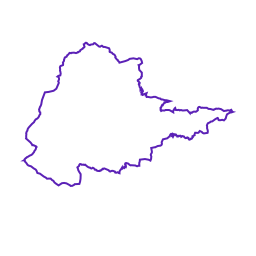 Mogos, Alba, Romania (Mercator projection), rotated 15°
{"feature_id": "2599482B52789087649839", "entity_name": "Mogos", "entity_type": "district", "adm_level": 2, "iso_a3": "ROU", "parent_name": "Romania", "parent_adm1": "Alba", "projection": "mercator", "projection_center": [23.332, 46.276], "detail": "fine", "context": "isolated", "style": "outline", "palette": "violet", "viewbox_px": 256, "rotation_deg": 15, "n_neighbors": 0, "source": "geoboundaries", "source_scale": "gbopen_adm2", "svg_char_len": 5736}
<svg xmlns="http://www.w3.org/2000/svg" viewBox="0 0 256 256"><g transform="rotate(15 128 128)"><path d="M75.8,201.4L78.5,198.4L80.5,197.6L82.9,197.4L87.0,198.4L87.5,198.8L89.1,198.3L90.7,196.8L91.0,196.1L95.5,194.6L95.6,192.4L95.3,189.4L94.4,185.5L94.1,184.7L92.3,183.1L90.8,181.5L90.4,180.6L89.3,179.1L90.4,177.5L90.6,176.9L90.5,176.1L91.0,175.2L91.9,175.1L92.9,175.5L94.3,174.9L95.2,175.1L96.0,174.5L98.8,175.8L100.1,176.2L101.6,176.1L102.1,176.5L103.2,176.6L103.6,176.3L104.2,175.5L104.4,175.5L105.7,175.9L106.5,176.4L106.7,176.8L108.1,176.6L108.6,176.9L108.7,177.2L109.9,177.3L111.8,176.9L111.9,176.4L112.8,176.1L113.1,175.3L114.0,174.7L113.9,174.2L114.0,174.0L114.6,174.1L115.1,173.4L115.7,173.2L120.2,173.8L121.3,174.6L122.2,174.6L123.0,173.8L124.4,173.3L126.7,173.5L127.1,174.3L128.1,174.3L129.5,173.4L130.8,173.9L131.5,173.9L131.1,172.5L131.2,171.4L132.0,169.5L132.5,167.8L132.9,168.8L133.1,168.8L133.5,167.9L133.9,167.7L134.2,166.9L134.9,167.4L135.1,166.9L135.0,166.3L136.0,166.4L136.0,165.7L135.2,164.1L134.5,163.7L134.6,162.8L135.2,162.3L137.3,162.3L139.2,163.2L140.2,163.4L140.8,163.1L144.8,162.3L146.4,162.6L147.1,162.4L147.8,161.7L148.7,161.5L147.9,158.8L148.0,157.5L147.7,155.5L152.4,153.6L156.3,153.3L158.1,153.7L158.3,151.9L158.0,150.2L157.9,149.5L157.0,148.2L156.9,147.5L157.4,145.6L157.1,144.4L155.6,141.3L158.7,139.7L159.1,139.7L161.4,137.7L164.0,136.6L164.7,135.8L164.9,134.6L164.2,133.0L164.7,129.9L168.6,127.8L170.4,125.1L170.6,123.4L171.0,122.7L171.6,122.8L172.3,121.9L172.8,122.0L172.6,122.6L172.6,123.4L172.9,123.0L173.4,123.3L173.5,124.7L173.7,124.9L174.0,123.4L174.9,122.0L175.6,122.4L175.7,122.0L175.9,121.9L176.2,122.1L176.3,122.6L177.0,122.7L177.5,123.2L178.0,122.9L178.1,123.4L178.9,123.1L180.3,121.9L181.1,122.0L181.7,122.8L182.7,121.7L183.8,121.8L184.1,121.7L184.4,121.8L184.9,122.4L186.2,122.9L187.4,122.4L187.5,122.2L187.5,121.9L187.9,121.7L189.0,122.0L189.4,122.9L190.1,123.4L190.6,123.3L191.0,122.9L191.4,122.1L192.2,122.0L192.6,121.2L192.5,120.0L192.9,119.8L192.5,119.2L194.2,117.8L193.9,117.2L194.1,115.2L196.9,114.6L197.5,114.0L197.7,113.2L198.1,112.3L200.3,112.7L201.3,113.4L202.7,113.6L206.1,112.1L206.1,111.1L205.6,109.6L204.4,107.7L204.1,106.2L203.5,105.0L203.9,102.8L205.7,101.3L206.1,100.5L207.7,99.8L210.1,96.8L211.9,95.1L212.3,95.2L213.4,96.8L213.9,96.9L215.3,96.5L216.9,95.7L218.7,95.8L219.9,93.6L219.9,91.3L220.1,89.2L222.4,86.8L223.8,86.2L225.0,85.4L224.5,85.4L224.0,84.7L223.0,83.7L221.7,84.8L221.8,85.0L220.6,84.9L219.2,85.3L218.2,86.0L217.6,86.1L216.3,86.8L213.0,85.7L210.4,85.8L209.7,86.2L208.0,86.5L207.8,86.9L206.5,87.6L206.4,88.0L205.8,88.4L202.7,88.3L200.8,88.7L198.9,88.1L195.1,89.1L194.4,89.1L193.5,89.6L191.7,89.1L191.0,89.4L190.5,90.1L190.4,90.8L190.4,91.5L190.9,92.8L190.3,93.7L189.3,94.8L188.5,94.8L187.0,95.3L186.0,96.3L185.5,96.5L185.5,96.9L183.8,97.0L183.9,97.6L180.5,95.4L177.4,96.6L175.9,97.0L174.5,96.9L173.4,97.6L172.4,97.3L171.1,97.9L169.6,98.2L168.7,98.2L168.6,97.4L168.7,96.8L168.4,96.4L168.0,97.0L167.2,99.7L167.2,100.0L167.6,101.1L163.6,100.0L162.6,100.1L159.6,100.9L158.7,101.7L156.4,102.2L155.6,103.0L154.9,102.4L154.7,101.8L154.9,101.5L154.2,100.3L154.6,99.8L154.6,99.0L154.9,98.6L154.8,97.6L155.1,96.8L155.7,96.9L156.2,95.0L156.6,94.5L156.6,93.8L157.5,93.8L158.3,92.6L158.9,92.8L159.6,92.6L161.7,91.2L158.1,91.2L156.4,91.6L153.9,91.5L152.8,91.8L152.1,91.6L151.7,91.2L149.9,91.4L146.5,90.8L144.9,91.2L143.3,92.1L142.0,92.6L139.1,92.8L138.0,93.2L137.2,92.0L136.7,92.0L136.9,89.6L134.7,91.2L133.8,92.2L133.6,92.3L133.2,91.6L132.4,92.0L132.2,91.3L132.7,91.2L132.5,90.3L131.8,90.0L132.9,88.9L132.9,88.5L132.6,88.1L132.1,88.2L131.9,87.2L131.6,86.8L130.9,86.7L130.8,87.0L130.7,86.7L130.4,86.9L130.3,86.7L130.6,86.4L130.5,86.2L130.0,87.4L129.7,86.4L128.5,85.2L128.2,84.3L127.1,83.0L127.1,82.4L127.7,82.1L127.6,81.3L126.6,80.6L125.3,80.0L125.1,79.7L125.1,79.2L126.8,77.5L127.7,76.2L127.5,75.0L128.0,74.6L127.0,70.9L123.9,69.0L123.1,67.2L122.7,65.5L122.0,64.5L122.8,64.1L124.8,61.5L123.9,59.8L122.5,58.1L121.5,57.7L120.3,57.9L119.1,59.1L115.2,59.3L111.7,60.8L110.5,62.3L108.0,64.1L102.8,67.1L102.3,66.4L100.7,65.5L100.5,65.0L99.5,64.7L97.5,63.2L97.6,62.4L96.2,60.9L95.3,60.5L94.1,60.3L92.9,59.4L90.8,59.3L90.5,59.1L90.3,57.9L89.9,57.0L89.1,55.9L84.5,55.7L83.2,56.1L81.7,55.3L81.2,55.4L80.0,56.7L79.0,56.8L74.0,54.6L73.3,54.8L72.7,56.1L70.4,57.1L69.8,57.8L68.3,57.7L66.6,57.0L66.3,56.6L65.3,56.5L64.5,57.4L64.3,58.0L63.6,58.6L64.2,59.7L64.9,60.5L64.9,61.3L63.8,62.6L63.8,63.0L61.8,65.2L61.7,66.4L60.0,67.6L60.1,67.9L58.4,69.1L56.3,69.2L53.8,70.1L53.6,70.5L52.1,70.6L51.2,72.7L50.5,73.4L50.5,74.0L50.1,74.7L50.2,75.0L49.5,75.7L48.9,76.0L48.6,76.9L48.7,77.5L48.5,78.6L48.8,79.6L48.2,81.7L48.8,82.9L48.9,84.1L46.8,85.6L46.6,86.0L46.5,87.0L47.3,89.0L47.5,90.3L48.0,90.9L48.9,92.9L49.0,94.7L47.2,95.7L46.6,96.6L47.6,96.7L48.5,97.8L48.8,99.1L48.5,101.0L49.1,101.6L49.5,102.3L48.6,108.6L46.5,111.3L42.0,113.7L38.5,115.1L37.7,123.3L38.1,127.8L37.8,129.8L37.5,130.5L37.5,131.6L37.3,133.1L37.8,133.8L37.8,134.5L38.6,135.4L39.2,135.6L39.7,137.3L39.1,138.6L39.0,139.9L38.6,141.2L37.8,142.5L36.6,143.6L35.9,145.5L35.7,146.7L34.2,148.9L31.9,153.4L31.4,155.0L31.5,156.7L31.1,157.5L31.0,159.5L31.4,160.1L31.7,162.1L32.2,163.6L32.2,164.5L37.6,167.2L39.4,168.6L40.0,169.4L41.3,169.0L41.6,169.2L43.9,169.5L44.6,170.0L44.2,170.8L44.4,171.9L44.2,173.0L43.6,174.3L43.4,175.8L43.0,176.5L42.7,177.4L41.8,178.9L40.1,180.2L38.9,181.6L38.0,182.2L37.6,183.1L37.3,183.2L36.8,183.9L36.2,185.1L36.2,185.9L35.9,186.2L36.7,186.0L37.2,187.1L38.7,188.0L40.4,189.5L41.5,190.0L44.3,190.1L47.3,191.4L49.5,192.0L50.5,192.7L52.1,194.9L54.8,194.9L59.3,196.7L61.5,197.2L62.8,197.9L66.4,196.9L68.2,198.0L69.6,198.3L71.0,199.6L73.1,200.5L75.8,201.4Z" fill="none" stroke="#5b21b6" stroke-width="2"/></g></svg>